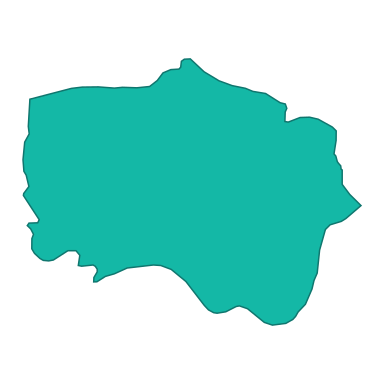 the district of San José La Arada, Chiquimula, Guatemala
{"feature_id": "79465075B89151585354949", "entity_name": "San José La Arada", "entity_type": "district", "adm_level": 2, "iso_a3": "GTM", "parent_name": "Guatemala", "parent_adm1": "Chiquimula", "projection": "mercator", "projection_center": [-89.61, 14.714], "detail": "fine", "context": "isolated", "style": "filled", "palette": "teal", "viewbox_px": 384, "rotation_deg": 0, "n_neighbors": 0, "source": "geoboundaries", "source_scale": "gbopen_adm2", "svg_char_len": 1378}
<svg xmlns="http://www.w3.org/2000/svg" viewBox="0 0 384 384"><path d="M29.9,99.2L28.3,126.4L29.2,133.9L24.7,142.1L23.0,159.7L23.9,171.3L26.2,175.2L28.9,186.5L23.7,193.5L23.4,195.5L39.2,219.7L37.7,222.8L29.0,223.1L27.3,225.6L30.7,228.9L33.5,234.3L31.9,238.6L31.8,248.8L34.5,253.4L40.0,258.5L43.3,260.4L48.7,260.9L53.4,260.0L67.9,250.7L76.0,250.7L79.8,255.3L78.3,265.5L81.6,266.2L93.1,265.0L95.3,266.3L97.2,269.2L97.2,271.9L93.9,277.5L93.7,281.9L96.9,281.8L105.4,276.4L114.4,273.8L127.2,268.0L153.4,265.0L160.8,265.5L171.2,269.4L185.9,281.5L204.3,305.4L208.5,309.9L213.7,312.7L217.1,313.2L225.8,311.8L236.2,306.5L239.4,305.9L247.5,308.7L264.3,322.4L272.4,325.1L285.8,323.4L292.9,319.4L295.6,316.4L298.1,312.0L305.4,304.3L312.0,289.0L314.0,280.5L317.2,273.1L319.6,250.1L325.4,229.5L330.1,224.8L341.3,221.4L345.8,218.6L361.0,205.6L349.7,194.4L342.2,184.4L342.2,170.0L341.1,169.1L340.7,165.8L338.4,163.2L337.3,161.6L335.8,156.0L334.0,153.9L336.1,140.4L336.2,130.9L332.4,127.1L318.2,119.2L309.6,117.2L300.1,117.5L288.2,122.1L284.9,121.5L285.2,112.0L286.8,108.4L285.3,104.0L280.1,102.7L265.6,93.5L252.9,91.4L245.4,88.3L232.1,85.6L219.0,80.8L204.1,71.8L190.3,58.9L184.3,59.2L181.4,61.3L180.7,67.2L178.9,69.1L170.8,69.6L163.0,72.9L157.3,80.5L149.6,86.5L136.8,87.8L122.5,87.3L114.5,88.1L98.4,86.9L82.2,87.1L71.4,88.4L29.9,99.2Z" fill="#14b8a6" stroke="#0f766e" stroke-width="1.5"/></svg>